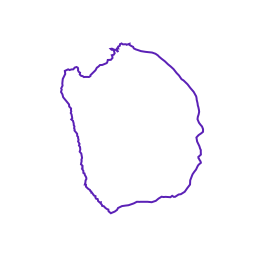 Malabo, Bioko Norte, Equatorial Guinea, rotated 314°
{"feature_id": "11065452B197102371645", "entity_name": "Malabo", "entity_type": "district", "adm_level": 2, "iso_a3": "GNQ", "parent_name": "Equatorial Guinea", "parent_adm1": "Bioko Norte", "projection": "robinson", "projection_center": [8.719, 3.675], "detail": "fine", "context": "isolated", "style": "outline", "palette": "violet", "viewbox_px": 256, "rotation_deg": 314, "n_neighbors": 0, "source": "geoboundaries", "source_scale": "gbopen_adm2", "svg_char_len": 2829}
<svg xmlns="http://www.w3.org/2000/svg" viewBox="0 0 256 256"><g transform="rotate(314 128 128)"><path d="M189.7,70.6L186.9,69.2L186.8,68.3L184.6,66.2L184.3,64.6L183.6,64.4L182.7,64.0L181.5,65.0L179.7,64.4L179.2,64.9L178.7,65.0L178.4,65.7L177.5,64.8L176.7,65.2L176.1,67.3L175.8,67.2L176.0,65.6L175.4,64.5L174.8,63.8L173.9,61.3L172.9,60.6L172.9,61.8L173.7,62.7L173.9,64.0L172.5,66.5L170.7,66.8L169.1,65.8L168.6,67.0L167.6,68.2L165.1,68.3L162.9,66.2L161.1,67.3L159.9,67.6L155.5,65.7L153.8,64.1L151.8,64.1L149.7,63.7L146.9,64.5L140.0,64.3L139.2,64.9L137.6,64.5L135.0,61.7L134.0,60.9L133.8,59.3L133.0,58.1L133.0,56.1L134.5,55.1L134.2,53.5L134.8,51.9L135.8,51.2L136.5,50.0L136.1,48.6L134.4,47.7L132.2,47.9L130.8,46.6L129.1,45.7L128.6,44.2L125.2,42.9L123.3,45.3L118.0,47.0L114.4,49.8L113.0,51.5L110.1,52.4L109.6,53.6L107.4,54.8L106.7,57.4L105.1,60.0L104.0,69.2L102.6,70.8L102.5,73.5L101.0,74.7L100.6,75.6L99.0,76.4L98.6,77.9L96.3,81.1L94.8,81.2L95.0,83.3L93.6,85.7L92.3,87.1L92.0,88.3L90.4,89.4L90.0,90.5L89.0,91.3L88.5,95.4L87.0,97.0L86.9,98.3L86.0,99.2L85.1,100.7L83.7,101.4L82.9,104.2L81.4,104.8L81.0,106.7L79.4,108.6L77.4,109.7L77.2,112.1L74.6,115.7L72.6,116.7L72.2,117.5L69.2,119.4L69.3,120.2L69.1,121.8L68.1,122.2L67.7,123.2L66.7,123.3L66.2,125.6L64.7,127.1L65.1,128.3L64.4,129.2L63.4,132.3L62.4,133.5L60.8,133.9L59.2,135.2L57.3,136.2L58.0,137.1L56.6,138.5L56.6,141.8L57.0,143.6L56.5,144.7L56.8,145.7L56.0,146.5L56.4,147.2L55.8,150.4L56.4,152.0L55.3,152.9L55.0,154.3L55.8,155.5L54.7,157.3L54.8,159.3L55.7,160.1L54.7,160.8L54.7,162.4L54.0,163.5L54.9,164.9L54.8,167.5L55.2,169.6L55.7,170.5L54.6,171.9L54.8,174.9L55.4,175.1L58.6,176.5L61.5,177.0L63.5,176.4L67.6,177.9L70.2,179.9L72.8,182.0L77.7,184.5L81.0,185.6L83.0,187.7L86.0,190.7L88.8,193.7L91.1,196.6L94.9,198.6L98.5,199.0L101.9,199.9L103.0,201.5L104.6,202.9L106.2,204.8L107.7,206.6L109.9,206.9L110.3,208.8L111.3,209.7L115.3,210.6L117.1,212.0L121.5,213.1L126.0,212.4L130.4,211.9L133.6,209.1L139.5,206.6L142.5,206.1L145.4,205.8L148.9,204.6L150.6,204.3L153.6,204.6L153.9,204.2L154.1,203.8L154.4,203.2L154.5,202.7L154.7,201.9L154.8,201.3L155.1,200.7L155.3,199.9L155.3,199.6L155.6,199.3L155.7,199.1L156.0,198.7L159.5,198.9L161.4,196.9L162.7,195.7L163.3,194.1L164.5,192.0L166.3,187.1L167.7,185.2L168.7,183.8L171.9,183.7L175.2,184.4L177.4,184.6L179.3,182.8L180.5,180.2L180.7,177.9L181.1,175.4L182.6,171.9L184.5,170.5L186.8,169.4L189.0,168.0L190.1,166.7L191.9,164.1L192.7,162.6L194.2,160.7L196.1,157.7L197.0,156.7L198.1,155.1L199.6,150.2L200.1,145.0L200.8,140.5L200.8,134.9L200.3,132.6L201.2,128.2L201.3,124.8L202.0,119.8L201.9,116.1L201.6,112.6L201.6,108.1L201.1,103.9L200.9,100.5L201.0,99.1L200.5,96.2L199.0,92.9L196.5,89.7L194.8,87.5L192.3,83.9L190.9,80.9L190.0,79.1L189.3,76.9L189.9,75.3L189.4,73.8L188.8,71.4L189.7,70.6Z" fill="none" stroke="#5b21b6" stroke-width="2"/></g></svg>